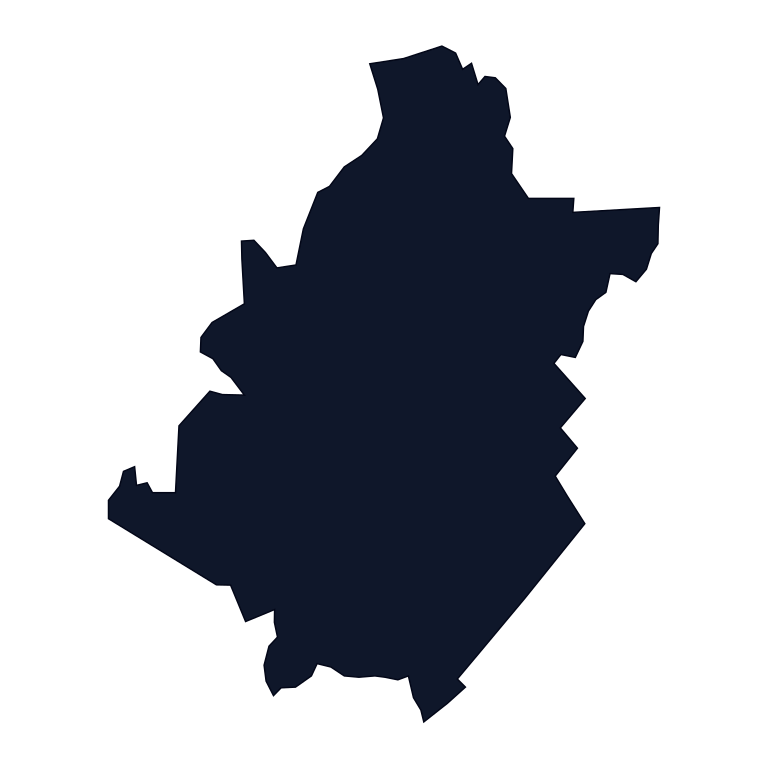 Erebango, Rio Grande do Sul, Brazil
{"feature_id": "56859067B55253671432658", "entity_name": "Erebango", "entity_type": "district", "adm_level": 2, "iso_a3": "BRA", "parent_name": "Brazil", "parent_adm1": "Rio Grande do Sul", "projection": "equal_earth", "projection_center": [-52.321, -27.826], "detail": "fine", "context": "isolated", "style": "filled", "palette": "ink", "viewbox_px": 768, "rotation_deg": 0, "n_neighbors": 0, "source": "geoboundaries", "source_scale": "gbopen_adm2", "svg_char_len": 1357}
<svg xmlns="http://www.w3.org/2000/svg" viewBox="0 0 768 768"><path d="M659.5,207.5L572.8,212.4L573.8,198.4L528.4,198.4L511.5,173.6L512.8,148.6L504.5,136.2L510.3,117.4L505.8,88.5L495.3,77.8L485.0,76.5L478.0,84.6L471.5,63.3L462.6,69.3L455.6,53.1L441.9,46.1L403.5,58.6L369.8,63.8L377.8,89.3L383.5,117.9L377.4,138.8L361.8,155.4L344.3,166.9L329.5,186.4L317.8,192.4L303.4,228.8L296.0,265.0L276.9,267.9L265.4,252.5L253.9,240.3L241.5,241.1L241.9,259.0L244.4,303.8L212.1,322.5L201.0,337.4L200.4,351.9L212.9,358.7L221.4,370.7L231.0,377.4L244.4,395.1L222.4,394.6L209.9,391.2L179.0,425.8L175.5,492.7L152.5,492.7L147.1,482.8L136.5,485.4L134.6,466.7L123.5,471.4L119.6,486.2L108.5,500.3L108.5,518.7L216.4,584.8L230.6,585.1L245.6,621.5L274.6,609.5L274.4,622.3L277.5,637.1L269.0,646.2L264.1,665.2L266.1,681.1L273.5,695.6L281.1,687.8L295.5,687.1L311.4,675.9L317.1,663.6L330.9,667.0L344.3,675.9L358.9,677.2L374.9,675.9L385.0,677.2L397.9,679.8L408.4,675.9L413.5,697.7L420.9,710.0L423.8,721.9L447.5,703.2L465.4,687.1L457.3,679.0L480.2,651.7L524.8,598.3L584.8,523.7L567.3,496.1L555.2,476.1L577.4,448.2L560.3,427.9L585.2,398.5L553.9,363.4L560.9,354.5L575.3,357.4L582.9,341.3L583.5,326.4L588.4,311.1L595.8,299.6L605.9,292.3L610.0,273.6L622.9,274.4L635.9,281.7L646.4,269.2L651.3,253.5L657.9,243.7L658.3,224.9L659.5,207.5Z" fill="#0f172a" stroke="#020617" stroke-width="1.5"/></svg>